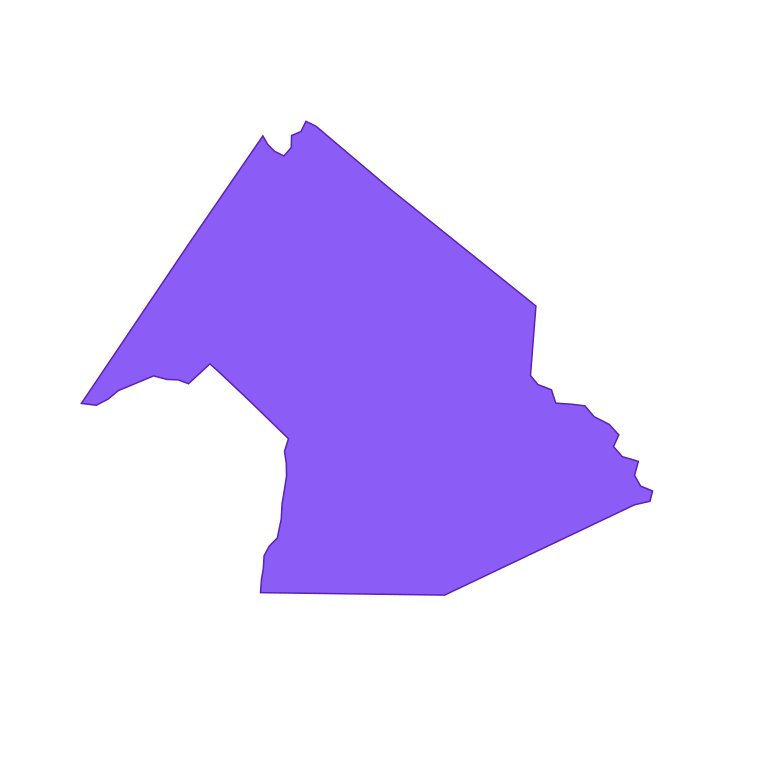 the district of Jacaré dos Homens, Alagoas, Brazil, rotated 285°
{"feature_id": "56859067B13186483981392", "entity_name": "Jacaré dos Homens", "entity_type": "district", "adm_level": 2, "iso_a3": "BRA", "parent_name": "Brazil", "parent_adm1": "Alagoas", "projection": "robinson", "projection_center": [-37.229, -9.654], "detail": "fine", "context": "isolated", "style": "filled", "palette": "violet", "viewbox_px": 768, "rotation_deg": 285, "n_neighbors": 0, "source": "geoboundaries", "source_scale": "gbopen_adm2", "svg_char_len": 854}
<svg xmlns="http://www.w3.org/2000/svg" viewBox="0 0 768 768"><g transform="rotate(285 384 384)"><path d="M615.4,251.6L617.5,240.6L606.3,238.4L600.1,230.4L588.3,233.2L578.4,228.3L580.5,217.9L585.4,209.5L592.3,202.8L484.5,164.7L468.6,159.1L286.9,96.7L289.0,111.6L298.1,121.5L308.7,128.9L332.2,159.3L332.2,172.9L334.7,184.1L333.7,195.1L358.4,210.6L352.5,222.2L332.8,258.7L306.4,305.9L293.3,305.3L281.9,310.2L269.8,313.7L255.8,315.2L242.1,316.5L226.9,319.7L207.6,320.8L197.9,315.2L187.1,312.6L174.6,315.2L163.2,316.3L150.5,318.7L195.8,497.2L305.9,626.4L332.2,657.3L339.6,671.3L350.2,671.1L351.8,658.3L360.5,649.7L375.1,649.7L375.5,632.9L382.9,621.9L395.6,624.0L403.3,612.0L406.8,595.4L414.9,583.7L413.0,570.3L410.0,554.8L421.7,547.3L423.3,532.8L430.1,523.3L498.6,510.6L573.7,340.0L615.4,251.6Z" fill="#8b5cf6" stroke="#5b21b6" stroke-width="1.5"/></g></svg>